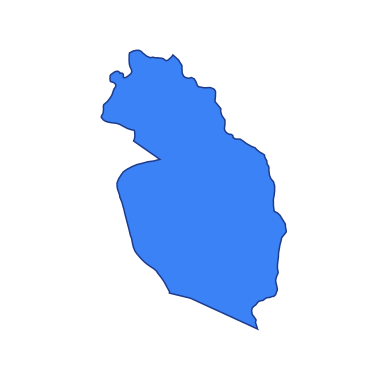 outline of Pascal, Saint Lucia, rotated 235°
{"feature_id": "8701671B58858754832343", "entity_name": "Pascal", "entity_type": "district", "adm_level": 2, "iso_a3": "LCA", "parent_name": "Saint Lucia", "parent_adm1": "", "projection": "natural_earth1", "projection_center": [-60.89, 13.902], "detail": "fine", "context": "isolated", "style": "filled", "palette": "blue", "viewbox_px": 384, "rotation_deg": 235, "n_neighbors": 0, "source": "geoboundaries", "source_scale": "gbopen_adm2", "svg_char_len": 4197}
<svg xmlns="http://www.w3.org/2000/svg" viewBox="0 0 384 384"><g transform="rotate(235 192 192)"><path d="M122.2,115.5L121.7,115.9L105.9,129.8L42.2,167.1L42.8,167.2L44.0,167.7L45.5,168.2L47.9,168.9L48.6,169.0L50.4,171.1L52.4,171.2L57.2,171.1L59.9,172.4L60.2,172.5L61.6,173.8L62.5,174.9L62.9,177.1L63.0,179.6L63.9,182.6L64.0,183.2L64.2,183.9L63.8,185.0L63.4,186.1L62.5,188.0L62.6,190.1L62.6,190.7L62.6,191.3L62.5,192.6L62.0,193.5L61.0,195.2L60.8,196.2L60.3,198.0L59.6,199.2L60.0,201.8L60.6,202.4L62.2,204.8L62.5,205.4L63.6,206.3L68.8,208.5L71.1,209.4L72.6,210.8L74.8,213.5L74.9,213.8L75.8,215.4L76.8,216.5L78.3,217.2L80.3,218.1L83.3,220.2L85.7,222.3L85.9,222.5L89.2,225.5L92.0,227.6L92.5,228.0L96.7,232.2L97.6,233.0L98.9,234.5L99.8,235.5L100.0,235.8L101.5,237.6L102.9,238.9L103.3,240.0L103.5,240.5L104.4,243.6L104.5,244.0L105.1,246.0L106.0,246.9L109.7,248.5L111.3,249.5L111.9,249.9L112.3,250.1L119.1,250.5L122.6,250.7L125.7,250.0L126.6,249.7L127.2,249.2L128.7,248.4L128.9,248.4L129.4,248.3L130.1,248.8L130.9,249.2L132.8,250.2L133.2,250.4L134.6,251.2L135.6,251.9L136.2,252.4L137.4,253.1L138.0,253.5L139.8,254.9L142.4,257.6L143.1,258.2L145.5,260.3L147.9,262.0L149.8,263.3L151.2,263.7L151.6,263.8L153.3,264.6L158.0,264.3L161.0,265.0L163.5,266.2L166.1,267.7L168.1,269.2L169.9,269.6L171.2,269.5L172.5,269.9L174.7,271.2L177.7,271.4L179.3,271.8L180.7,272.6L183.7,271.5L185.2,270.6L189.6,269.3L191.0,269.2L191.8,269.1L193.4,268.1L195.2,266.9L200.2,264.5L202.1,263.8L203.6,263.4L206.4,262.3L207.7,261.8L209.6,259.2L210.7,257.8L211.8,257.4L213.0,256.9L213.7,257.3L214.9,257.8L215.6,257.6L216.3,257.3L217.0,256.9L217.9,255.6L218.5,255.3L220.6,254.3L223.4,254.1L224.1,254.4L225.5,255.0L228.5,257.8L232.1,260.3L237.5,260.3L240.8,261.4L241.3,261.6L241.8,261.9L243.8,263.4L250.6,262.9L253.0,262.7L256.8,266.0L259.8,268.2L260.4,268.7L261.9,269.1L263.4,269.1L265.5,268.0L267.2,266.7L268.4,264.8L270.2,262.0L272.3,259.9L274.6,257.6L276.5,257.6L280.2,258.5L283.3,258.7L286.1,257.2L286.8,255.1L287.0,254.5L287.5,254.1L289.3,252.5L290.9,251.8L291.2,251.6L295.0,252.1L299.9,255.3L301.4,256.3L305.7,256.5L307.6,256.7L311.3,255.9L315.2,255.0L315.1,254.8L314.3,252.3L314.1,250.3L313.8,247.8L314.2,246.6L314.3,246.2L315.8,245.5L317.6,245.0L318.7,244.2L320.0,242.6L321.7,240.8L322.9,238.9L324.8,237.4L326.0,234.8L327.2,234.1L328.6,233.2L329.3,232.8L331.8,232.1L334.1,231.4L336.5,231.0L338.6,229.7L340.1,227.4L340.3,226.8L341.2,225.0L341.8,220.6L340.7,219.5L339.7,218.7L337.9,217.4L335.5,215.7L333.6,214.6L332.8,214.1L330.7,213.3L329.6,213.0L327.1,212.6L325.0,211.6L324.0,209.9L323.8,207.6L323.7,206.4L323.7,203.9L323.8,203.3L325.0,201.6L325.8,201.7L326.2,202.1L327.7,203.2L329.0,203.2L330.2,202.0L330.4,201.1L331.5,201.4L333.7,200.3L334.6,198.3L334.8,196.2L334.7,193.6L334.7,192.7L334.2,191.6L331.8,189.8L329.9,188.7L329.5,188.7L328.9,188.8L327.2,190.2L325.5,191.1L323.3,191.0L322.1,189.9L321.7,188.9L321.5,188.3L321.1,187.1L320.0,185.6L318.1,183.1L317.2,181.7L316.4,179.8L315.6,177.7L315.0,175.7L314.6,174.2L314.2,170.0L313.9,169.4L313.4,168.9L312.7,168.3L311.4,167.5L310.8,167.1L310.0,166.5L307.9,164.8L306.0,161.3L305.8,161.0L305.4,160.6L304.5,160.5L303.2,160.7L302.0,160.7L301.4,161.0L299.8,161.6L297.4,163.3L295.2,165.5L293.2,167.7L291.9,169.2L290.4,170.5L289.2,171.3L288.1,172.0L285.6,173.2L283.1,174.5L281.5,175.3L280.4,176.0L278.5,177.5L277.4,178.3L276.3,179.6L275.5,180.0L274.1,179.5L272.7,178.6L271.0,177.6L270.4,177.1L269.0,175.8L268.3,175.1L267.5,173.6L267.3,173.4L237.2,184.4L237.4,183.9L239.3,178.6L242.2,173.0L243.5,169.2L245.4,164.3L246.1,162.4L247.2,157.4L247.9,151.6L247.9,147.4L246.5,143.4L245.8,141.8L245.0,139.7L244.3,138.6L243.6,137.5L243.0,136.6L242.1,135.5L241.4,135.1L239.3,133.7L237.2,132.7L233.7,131.7L231.3,131.0L229.0,129.9L223.6,128.7L223.0,128.5L221.0,127.7L218.7,126.9L216.9,126.3L213.0,124.7L208.4,123.0L205.8,122.0L197.9,119.1L191.6,116.6L191.3,116.5L190.8,116.4L188.7,115.9L184.9,114.2L184.4,113.9L183.5,113.6L180.6,112.4L176.3,111.4L172.9,111.4L167.6,111.9L165.2,112.3L161.9,112.9L160.2,113.4L159.6,113.5L155.0,115.1L151.3,116.6L147.9,117.5L146.8,117.5L145.5,117.4L140.3,117.7L134.7,117.7L129.4,117.1L123.3,116.4L122.2,115.5Z" fill="#3b82f6" stroke="#1e3a8a" stroke-width="1.5"/></g></svg>